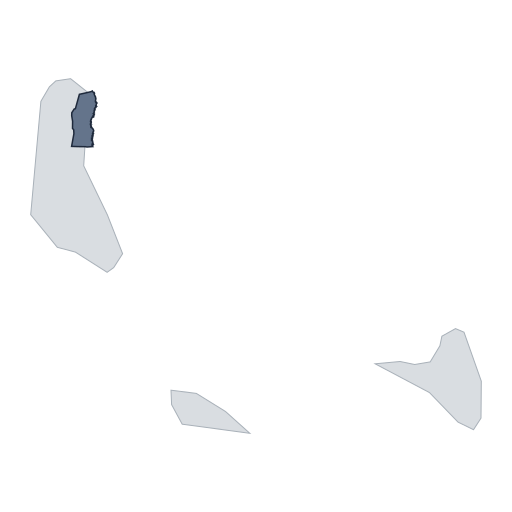 location of Hamahamet-Mboinkou, Andjazîdja, Comoros
{"feature_id": "10938185B70444296254874", "entity_name": "Hamahamet-Mboinkou", "entity_type": "district", "adm_level": 2, "iso_a3": "COM", "parent_name": "Comoros", "parent_adm1": "Andjazîdja", "projection": "orthographic", "projection_center": [43.406, -11.482], "detail": "fine", "context": "in_parent", "style": "filled", "palette": "slate", "viewbox_px": 512, "rotation_deg": 0, "n_neighbors": 0, "source": "geoboundaries", "source_scale": "gbopen_adm2", "svg_char_len": 4109}
<svg xmlns="http://www.w3.org/2000/svg" viewBox="0 0 512 512"><path d="M113.7,267.6L107.1,272.3L75.4,252.1L57.3,247.3L30.7,214.7L40.9,101.3L49.4,86.8L55.8,80.9L70.6,78.7L88.4,92.9L83.7,165.8L107.4,214.9L122.6,253.7L113.7,267.6ZM464.0,332.2L481.3,381.2L481.0,418.1L473.5,429.7L458.0,422.1L429.5,392.6L375.1,363.8L400.1,361.5L414.7,364.5L430.2,361.9L439.9,345.8L441.9,336.2L455.5,328.6L464.0,332.2ZM225.5,411.5L249.8,433.3L182.2,424.2L171.6,404.6L171.0,390.2L196.3,393.4L225.5,411.5Z" fill="#d9dde1" stroke="#a8b0b8" stroke-width="1"/><path d="M92.5,146.6L92.4,146.5L92.5,146.3L92.6,146.1L92.4,145.8L92.5,145.7L92.4,145.6L92.5,145.4L92.9,145.0L92.7,145.0L92.8,144.9L92.7,144.8L92.8,144.8L92.9,144.7L93.0,144.4L92.8,144.3L93.0,144.1L93.1,143.6L92.9,143.5L92.7,143.5L92.9,143.3L92.9,143.2L92.7,143.1L92.6,142.9L92.6,142.7L92.7,142.4L92.8,142.3L92.7,142.1L92.8,142.0L92.8,141.9L92.7,141.8L92.5,141.7L92.4,141.4L92.5,141.2L92.6,140.9L92.4,140.7L92.2,140.6L91.9,140.4L91.7,140.4L91.8,140.2L92.0,140.0L92.1,139.9L91.9,139.7L92.2,139.6L92.2,139.4L92.0,139.1L92.3,139.0L92.3,138.9L92.2,138.8L92.2,138.6L92.0,138.3L92.3,138.3L92.3,138.2L92.2,138.1L92.2,137.9L92.4,138.0L92.5,138.0L92.5,137.9L92.3,137.9L92.5,137.7L92.6,137.3L92.5,137.2L92.4,137.1L92.3,136.9L92.5,136.9L92.5,136.6L92.4,136.4L92.6,136.3L92.5,136.2L92.1,136.0L92.1,135.9L92.1,135.7L92.3,135.7L92.5,135.4L92.8,135.3L93.0,135.3L93.0,135.2L92.8,135.0L92.9,134.9L92.7,134.8L92.8,134.6L92.6,134.3L92.6,133.9L93.1,133.8L93.3,133.6L93.1,133.5L93.0,133.3L92.8,133.2L93.0,133.0L93.1,132.9L93.1,132.7L93.1,132.4L92.9,132.3L92.9,132.1L93.2,131.8L93.5,131.7L93.5,131.4L93.6,130.9L93.7,130.7L93.6,130.4L93.6,130.2L93.4,129.9L93.3,129.5L93.2,129.4L93.1,129.1L92.9,129.1L92.7,128.8L92.6,128.5L92.3,128.1L92.2,128.1L92.0,127.8L91.8,127.6L91.2,127.6L90.9,127.4L90.9,127.1L91.0,126.9L91.2,126.6L91.3,126.6L91.4,126.4L91.3,126.2L91.2,126.1L90.8,126.0L90.8,125.8L90.9,125.5L90.8,125.3L90.9,125.2L90.7,125.2L90.5,124.8L90.7,124.7L90.7,124.3L90.8,124.2L90.7,124.0L90.6,123.9L90.7,123.7L90.6,123.4L91.0,123.2L90.9,123.0L90.9,122.9L91.2,122.9L91.2,122.7L91.1,122.4L91.2,122.1L91.3,122.0L91.2,121.8L91.2,121.7L90.9,121.6L91.0,121.5L91.0,121.4L90.9,121.3L90.8,121.5L90.7,121.5L90.6,121.4L90.7,121.0L90.6,120.7L90.8,120.1L90.9,119.8L91.0,119.8L91.1,119.6L91.3,119.7L91.4,119.4L91.3,118.8L91.5,118.4L91.6,118.2L92.0,117.8L92.1,117.6L92.4,117.6L92.5,117.5L92.5,117.4L93.0,117.2L92.9,117.1L93.1,117.0L92.9,116.9L93.3,116.7L93.2,116.6L93.2,116.4L93.3,116.4L93.3,116.5L93.5,116.5L93.6,116.3L93.4,116.3L93.5,116.1L93.4,116.1L93.2,116.0L93.3,115.9L93.1,115.7L93.3,115.4L93.5,115.2L93.8,114.9L93.7,114.8L93.7,114.7L94.0,114.6L93.9,114.5L93.9,114.4L93.7,114.3L93.8,114.3L94.0,114.4L94.1,114.2L93.8,114.2L93.7,114.1L94.0,114.1L93.9,113.7L93.7,113.5L93.9,113.0L94.0,112.9L93.9,112.7L94.2,112.3L94.0,112.2L94.1,111.9L94.1,111.7L94.2,111.4L94.2,111.2L94.3,111.1L94.1,110.8L94.1,110.7L94.3,110.5L94.4,110.4L94.4,110.2L94.5,110.2L94.5,109.9L94.8,109.8L94.7,109.7L94.8,109.5L94.7,109.5L94.7,109.4L94.5,108.9L94.5,108.5L94.8,108.0L94.9,107.9L95.1,107.8L95.4,107.8L95.5,107.7L95.9,107.5L96.0,107.3L96.0,107.2L95.8,107.0L95.8,106.8L95.7,106.8L95.7,106.7L95.7,106.3L95.8,106.3L96.1,106.3L96.4,106.2L96.1,106.0L96.1,105.9L95.9,105.8L95.8,105.6L96.0,105.5L96.2,105.3L96.2,105.0L96.2,104.8L96.2,104.7L96.2,104.4L96.2,104.0L96.4,103.9L96.5,103.7L96.6,103.4L96.5,103.2L96.7,102.9L96.7,102.7L96.8,102.7L96.7,102.5L96.5,102.3L96.4,102.3L96.4,102.5L96.0,102.5L95.6,102.2L95.5,101.9L95.5,101.6L95.7,101.4L95.6,101.2L95.4,101.0L95.5,100.6L95.6,100.3L95.7,99.3L95.8,99.2L95.9,98.9L95.7,98.8L95.6,98.3L95.7,97.8L95.7,97.6L95.4,97.2L95.2,96.6L95.4,96.4L95.3,96.2L95.2,96.2L94.9,95.9L94.7,95.6L94.5,94.9L94.2,94.2L94.2,93.9L94.4,93.6L94.5,93.5L94.5,93.2L94.3,93.0L94.3,92.9L94.2,92.7L94.1,92.8L94.0,92.7L93.9,92.7L93.7,92.7L93.4,92.5L93.0,91.9L92.9,91.8L92.5,91.3L92.4,91.3L92.3,91.0L90.9,91.7L85.4,93.0L79.4,94.3L75.4,108.7L74.2,109.0L71.8,112.7L71.7,115.7L72.6,121.3L72.5,128.4L73.7,129.8L73.9,133.7L71.6,146.4L78.0,146.6L85.5,146.7L87.0,147.0L92.5,146.6Z" fill="#64748b" stroke="#1e293b" stroke-width="1.5"/></svg>